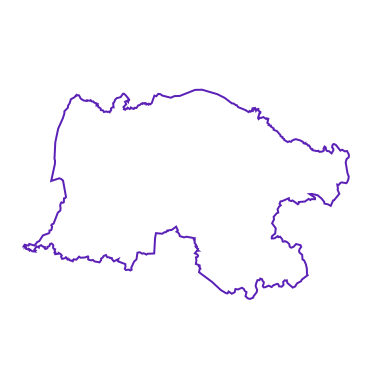 Nong Phai, Phetchabun, Thailand, rotated 196°
{"feature_id": "78962969B28403157938028", "entity_name": "Nong Phai", "entity_type": "district", "adm_level": 2, "iso_a3": "THA", "parent_name": "Thailand", "parent_adm1": "Phetchabun", "projection": "albers", "projection_center": [101.184, 16.029], "detail": "fine", "context": "isolated", "style": "outline", "palette": "violet", "viewbox_px": 384, "rotation_deg": 196, "n_neighbors": 0, "source": "geoboundaries", "source_scale": "gbopen_adm2", "svg_char_len": 5961}
<svg xmlns="http://www.w3.org/2000/svg" viewBox="0 0 384 384"><g transform="rotate(196 192 192)"><path d="M330.0,253.1L331.2,250.5L334.0,247.8L334.1,243.4L334.9,241.0L334.6,238.7L336.9,234.4L336.3,232.1L336.5,227.1L338.1,216.0L337.1,202.1L333.4,186.2L332.2,184.1L331.5,181.0L330.4,163.8L323.3,168.6L321.2,168.4L319.1,167.4L311.7,152.4L312.3,151.1L313.3,150.6L312.4,146.8L313.2,146.0L314.7,146.0L315.0,145.3L315.0,142.6L313.9,140.4L313.5,137.8L315.3,135.1L316.3,123.5L318.0,122.0L318.0,121.0L316.9,120.2L316.7,117.2L317.0,116.4L318.4,115.7L317.9,114.0L318.1,113.0L323.4,109.1L325.3,102.6L326.9,101.4L328.7,97.1L334.1,97.2L334.1,95.9L334.8,95.3L338.3,95.2L338.8,93.4L337.9,93.7L337.7,92.9L337.2,93.9L336.2,93.0L335.9,91.7L333.7,91.6L333.3,92.4L332.1,92.0L332.5,91.5L332.0,90.9L331.2,91.8L329.3,91.0L326.2,91.5L326.9,92.2L326.4,92.7L327.6,93.1L326.4,96.9L323.9,96.4L324.1,97.6L322.4,99.3L320.6,98.5L318.2,98.5L318.5,97.7L317.3,96.8L315.6,98.0L315.6,99.6L314.2,100.6L314.1,102.9L312.8,103.8L310.8,102.8L310.1,100.0L309.0,99.2L307.8,99.2L307.9,97.7L306.7,96.3L307.4,95.7L306.3,94.5L303.0,96.0L303.2,96.6L301.4,96.2L299.7,95.1L300.0,93.7L298.4,91.9L296.0,93.3L295.2,94.5L293.4,93.1L293.0,93.6L292.5,92.8L291.4,93.4L290.6,92.7L288.8,92.6L288.3,93.2L287.5,92.7L287.1,94.7L284.5,95.1L282.7,98.7L281.0,98.1L277.0,99.5L274.3,101.4L273.8,101.0L273.3,98.7L272.5,98.4L270.1,98.5L268.6,99.4L266.5,98.4L261.5,98.9L260.6,101.4L261.0,102.9L259.8,104.3L259.2,106.2L257.3,107.7L255.6,106.0L253.1,106.4L252.5,105.9L250.9,106.4L250.3,105.3L248.0,103.8L244.4,107.1L244.6,106.2L243.9,105.6L244.4,105.4L243.8,104.9L236.2,104.3L235.4,102.1L235.4,99.6L234.1,98.8L231.3,100.0L229.6,99.6L228.6,100.6L229.5,102.4L228.5,109.1L226.8,112.0L227.7,118.6L225.6,119.7L222.9,119.0L221.5,119.8L218.5,119.3L217.9,120.3L211.4,122.5L214.8,137.5L215.3,142.5L209.1,143.7L207.4,145.7L206.0,146.2L205.2,148.1L204.5,147.8L203.6,148.9L201.1,149.9L197.7,154.3L195.0,151.2L195.9,149.6L194.4,149.3L192.7,148.1L191.5,146.2L187.1,146.2L185.0,147.5L176.7,148.3L177.1,147.0L176.2,146.7L176.5,146.1L175.7,145.2L175.5,143.8L173.6,142.4L173.7,140.7L173.1,140.2L172.2,140.8L171.7,139.2L170.5,139.0L170.5,137.5L169.8,137.3L171.1,136.8L172.3,133.9L169.7,133.4L168.6,132.4L168.9,131.0L170.2,130.3L168.9,127.5L168.5,123.9L164.7,123.6L164.8,122.6L164.1,122.7L164.0,121.8L162.8,120.6L163.4,120.0L163.1,116.8L147.7,111.0L137.3,105.7L131.3,104.1L129.8,104.4L129.4,106.4L125.7,105.2L123.4,107.3L123.5,110.7L120.9,111.0L117.6,113.7L115.5,113.1L113.9,111.4L112.0,110.8L111.8,106.5L108.9,105.1L106.8,105.2L104.0,107.4L104.2,108.5L102.2,113.4L102.4,115.8L104.9,119.1L105.1,121.8L104.8,125.3L102.8,125.9L102.5,127.6L100.6,127.5L99.8,126.1L98.4,125.4L97.9,124.4L98.0,121.0L96.9,120.1L95.3,120.7L92.5,123.1L89.3,122.6L88.0,124.8L84.8,127.2L83.6,127.1L82.3,125.3L79.7,125.7L78.4,127.9L79.6,130.7L78.5,132.7L77.4,132.6L76.5,133.2L75.2,130.8L68.8,127.9L66.8,129.6L65.9,133.1L62.6,136.3L62.3,138.1L57.9,143.9L58.9,144.9L60.5,150.1L62.6,153.9L65.3,157.1L67.2,157.7L68.8,162.0L71.8,163.3L72.9,164.8L72.8,167.0L71.9,169.3L73.0,170.8L77.6,170.7L79.3,167.3L81.3,165.8L82.9,166.3L84.2,168.7L86.5,170.0L89.1,170.4L89.9,169.6L91.2,169.4L92.2,171.4L95.0,173.3L96.4,172.4L97.4,173.2L99.8,170.3L102.4,169.3L102.9,170.0L102.8,171.8L100.6,175.0L101.5,180.2L106.4,184.0L105.6,188.3L106.7,190.6L104.7,194.9L103.4,196.0L105.0,199.0L104.2,202.1L103.0,203.6L104.6,204.8L104.3,207.4L102.9,208.0L97.2,212.7L96.3,210.7L94.0,210.7L93.0,211.6L86.9,209.4L86.3,210.2L86.6,211.8L80.8,214.0L78.0,217.5L76.0,216.9L75.4,218.0L71.8,219.0L72.3,220.5L78.4,222.4L76.2,223.2L70.3,223.5L65.8,221.5L62.4,219.1L61.5,217.4L57.7,217.6L54.8,216.9L54.0,222.9L53.2,223.2L49.9,230.8L52.7,234.4L52.7,235.7L54.4,239.2L52.9,239.3L51.9,241.6L50.7,242.5L46.1,243.0L45.5,244.3L45.2,247.7L45.6,250.1L47.8,253.1L52.4,262.7L52.5,266.2L51.0,268.4L51.0,269.6L51.7,271.4L54.3,274.1L56.4,273.2L59.3,274.0L60.8,272.7L66.5,276.8L68.7,277.3L69.6,276.6L69.9,275.3L69.6,273.5L68.1,272.5L67.6,270.9L68.5,267.6L71.6,269.0L73.4,268.6L75.1,269.8L75.6,271.6L77.1,272.2L77.5,270.0L76.7,268.1L77.9,266.8L80.6,265.7L81.9,266.5L82.9,265.8L87.8,265.4L88.1,266.4L89.8,266.4L91.6,268.5L92.5,269.0L93.3,268.6L94.4,269.6L96.5,269.7L96.6,270.2L97.4,269.5L98.3,269.7L98.7,270.6L102.0,271.4L106.9,271.4L109.8,269.2L110.7,267.5L112.4,267.6L113.7,266.4L117.8,267.5L118.1,268.4L119.9,268.8L120.2,269.8L122.2,270.0L122.9,271.2L127.2,274.0L130.7,274.3L131.0,275.6L134.4,276.7L134.5,277.6L136.8,277.4L136.9,278.6L138.6,279.2L138.8,283.4L140.5,283.4L140.8,282.6L144.1,283.7L146.0,282.2L147.0,282.2L148.1,280.5L148.9,281.4L148.9,286.3L148.2,286.5L148.2,287.7L150.6,288.5L151.1,290.1L152.4,289.4L152.9,287.8L154.2,289.8L154.8,288.9L155.4,289.8L156.9,289.1L156.8,287.4L156.0,287.3L155.9,286.6L157.1,286.6L157.7,285.4L158.9,285.8L159.6,284.4L163.3,285.5L171.0,286.3L173.0,287.8L173.6,287.5L176.4,288.5L178.1,288.2L186.6,291.5L194.6,293.0L210.5,293.1L217.2,291.0L230.2,281.0L235.4,279.3L238.3,276.8L247.0,276.5L249.4,277.3L251.5,277.0L252.7,274.2L254.7,274.3L255.2,266.3L256.4,264.7L257.7,265.0L258.0,264.0L259.0,264.3L260.1,263.5L260.9,264.7L262.5,264.2L262.5,263.7L263.9,263.8L264.1,263.0L265.0,263.0L266.3,261.1L267.5,260.5L268.6,257.4L270.5,257.1L270.5,256.2L271.3,255.7L274.0,256.3L273.9,255.4L274.9,254.6L277.0,255.3L277.3,254.2L278.2,254.1L278.8,252.7L280.1,252.8L279.9,253.3L281.3,254.8L279.4,258.2L281.2,260.3L279.6,261.7L278.3,261.0L278.7,262.5L277.8,262.8L277.9,263.6L282.7,266.9L284.6,267.7L285.4,267.4L286.8,263.5L290.3,261.4L291.3,259.5L291.6,256.6L292.3,255.6L290.7,251.8L291.6,251.7L292.9,250.0L292.3,248.5L293.1,246.0L293.9,246.4L295.4,245.6L296.6,245.8L298.7,244.6L300.0,245.9L302.2,245.6L302.9,247.2L305.4,247.8L306.1,249.1L306.9,248.9L306.9,249.9L307.4,249.5L307.3,250.4L308.2,250.3L308.3,250.9L310.3,250.9L311.9,251.8L313.0,251.4L314.7,252.3L315.2,251.5L318.1,251.3L318.1,250.5L321.5,250.1L324.7,251.1L327.2,253.7L328.7,253.6L329.6,252.6L330.0,253.1Z" fill="none" stroke="#5b21b6" stroke-width="2"/></g></svg>